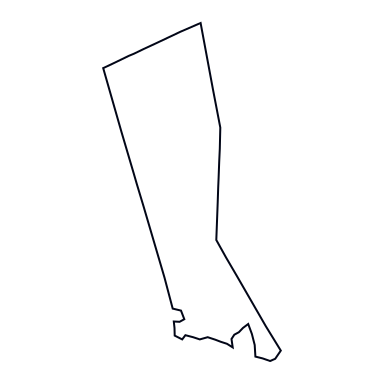 outline of Jupi, Pernambuco, Brazil
{"feature_id": "56859067B99038374336772", "entity_name": "Jupi", "entity_type": "district", "adm_level": 2, "iso_a3": "BRA", "parent_name": "Brazil", "parent_adm1": "Pernambuco", "projection": "equal_earth", "projection_center": [-36.381, -8.72], "detail": "fine", "context": "isolated", "style": "outline", "palette": "ink", "viewbox_px": 384, "rotation_deg": 0, "n_neighbors": 0, "source": "geoboundaries", "source_scale": "gbopen_adm2", "svg_char_len": 778}
<svg xmlns="http://www.w3.org/2000/svg" viewBox="0 0 384 384"><path d="M280.8,350.6L265.8,326.2L237.1,276.4L226.1,257.6L219.8,246.3L216.3,240.0L217.7,202.6L218.2,187.4L218.6,178.0L219.2,161.8L219.8,148.9L220.3,127.6L212.9,89.1L200.6,23.0L180.3,31.8L155.8,43.4L143.7,49.0L134.0,53.7L128.7,55.9L112.4,63.8L103.2,68.1L121.4,131.7L133.6,173.0L136.8,184.0L140.0,194.6L143.5,206.2L164.5,277.6L172.7,308.6L181.0,310.6L184.3,319.2L179.6,321.8L173.8,321.5L174.5,328.0L174.7,335.6L182.2,339.4L185.4,335.2L193.1,337.2L199.8,339.4L207.7,337.2L215.3,339.7L220.8,341.8L227.0,343.8L232.7,347.4L231.5,339.0L234.3,334.7L238.9,332.2L242.9,328.0L248.2,324.0L251.9,334.0L254.7,345.0L255.4,356.6L262.6,358.4L270.1,361.0L275.2,358.8L280.8,350.6Z" fill="none" stroke="#020617" stroke-width="2"/></svg>